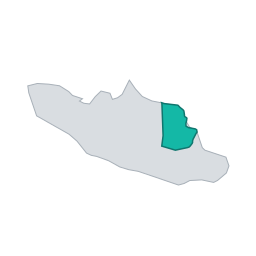 where Saint Elizabeth sits in Jamaica, rotated 190°
{"feature_id": "JAM-1373", "entity_name": "Saint Elizabeth", "entity_type": "Parish", "adm_level": 1, "iso_a3": "JAM", "parent_name": "Jamaica", "parent_adm1": "", "projection": "natural_earth1", "projection_center": [-77.826, 18.044], "detail": "fine", "context": "in_parent", "style": "filled", "palette": "teal", "viewbox_px": 256, "rotation_deg": 190, "n_neighbors": 0, "source": "natural_earth", "source_scale": "10m", "svg_char_len": 1197}
<svg xmlns="http://www.w3.org/2000/svg" viewBox="0 0 256 256"><g transform="rotate(190 128 128)"><path d="M129.3,88.2L141.4,92.4L154.0,94.6L159.4,94.7L164.5,96.1L175.9,106.2L185.1,111.7L220.1,124.1L231.8,145.4L234.0,152.1L225.0,156.1L213.6,157.4L202.8,157.7L192.7,153.6L188.3,150.4L177.9,148.9L180.5,146.1L175.8,144.7L170.0,145.0L165.7,153.2L161.0,159.7L151.8,159.1L148.3,153.5L143.5,156.0L139.6,160.1L135.0,175.4L127.5,167.8L119.4,161.5L109.2,158.8L88.6,158.4L78.9,156.3L70.8,143.4L67.6,139.7L59.5,136.3L51.4,121.5L48.4,119.5L26.5,116.3L22.0,108.2L23.3,100.8L30.7,91.9L34.2,89.3L46.4,89.7L58.0,87.0L63.1,83.1L68.4,80.6L110.4,87.1L120.1,87.1L129.3,88.2Z" fill="#d9dde1" stroke="#a8b0b8" stroke-width="1"/><path d="M99.2,158.7L96.8,158.3L83.3,159.1L82.6,159.0L80.5,157.4L77.0,155.5L76.1,154.7L75.7,153.8L74.7,150.8L74.5,149.8L74.1,149.1L72.3,148.4L71.7,147.9L71.6,145.4L71.8,142.4L71.2,139.9L68.6,138.9L61.7,138.8L60.1,138.2L59.3,136.0L60.0,134.5L62.0,128.1L62.2,126.4L62.1,126.1L62.0,125.5L61.9,125.1L62.0,124.8L62.1,124.1L62.8,122.6L63.9,120.6L64.3,120.1L64.6,119.8L66.1,119.0L77.5,114.4L91.6,116.0L92.1,126.5L98.9,158.2L99.2,158.7Z" fill="#14b8a6" stroke="#0f766e" stroke-width="1.5"/></g></svg>